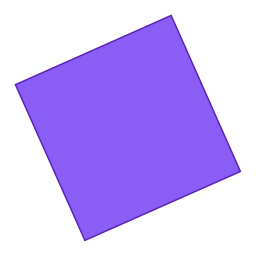 Hemphill, Texas, United States of America, rotated 156°
{"feature_id": "52423323B21915580186486", "entity_name": "Hemphill", "entity_type": "district", "adm_level": 2, "iso_a3": "USA", "parent_name": "United States of America", "parent_adm1": "Texas", "projection": "natural_earth1", "projection_center": [-100.18, 35.838], "detail": "fine", "context": "isolated", "style": "filled", "palette": "violet", "viewbox_px": 256, "rotation_deg": 156, "n_neighbors": 0, "source": "geoboundaries", "source_scale": "gbopen_adm2", "svg_char_len": 239}
<svg xmlns="http://www.w3.org/2000/svg" viewBox="0 0 256 256"><g transform="rotate(156 128 128)"><path d="M213.2,213.4L213.1,111.1L213.1,42.9L43.0,42.6L42.8,213.3L213.2,213.4Z" fill="#8b5cf6" stroke="#5b21b6" stroke-width="1.5"/></g></svg>